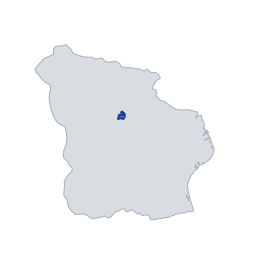 location of Pankshin, Plateau, Nigeria, rotated 256°
{"feature_id": "59680162B11957186029310", "entity_name": "Pankshin", "entity_type": "district", "adm_level": 2, "iso_a3": "NGA", "parent_name": "Nigeria", "parent_adm1": "Plateau", "projection": "albers", "projection_center": [9.454, 9.312], "detail": "fine", "context": "in_parent", "style": "filled", "palette": "blue", "viewbox_px": 256, "rotation_deg": 256, "n_neighbors": 0, "source": "geoboundaries", "source_scale": "gbopen_adm2", "svg_char_len": 5116}
<svg xmlns="http://www.w3.org/2000/svg" viewBox="0 0 256 256"><g transform="rotate(256 128 128)"><path d="M207.8,52.1L215.3,62.3L216.9,69.9L217.5,73.6L218.8,74.0L221.0,74.2L222.7,74.9L223.7,76.2L224.4,77.3L224.5,78.0L224.1,82.6L223.5,84.3L223.9,86.5L223.8,87.5L223.6,88.1L222.5,88.9L221.2,89.7L217.9,91.9L216.9,92.2L215.5,92.3L214.3,92.8L212.9,94.0L209.9,98.4L207.3,102.9L205.4,110.0L203.1,112.2L202.7,114.2L202.4,118.6L202.0,120.0L201.7,120.4L199.1,121.3L197.7,122.3L196.8,124.3L195.8,131.1L195.4,132.3L194.6,133.5L193.3,134.8L192.2,135.5L189.3,136.0L186.6,141.1L186.6,142.0L185.4,146.7L183.3,150.2L183.2,152.5L180.5,155.6L179.1,157.7L180.6,159.9L180.7,160.3L176.1,164.0L175.9,164.6L175.7,167.2L175.3,167.9L174.5,168.8L173.3,169.8L172.0,170.7L170.6,171.2L169.2,171.4L168.5,171.1L168.0,170.3L167.2,167.2L166.8,166.5L166.0,165.9L162.4,162.5L160.3,161.2L159.8,161.3L159.5,161.7L158.9,163.4L158.3,164.1L157.1,164.3L155.2,164.3L153.8,164.1L153.4,163.7L152.7,162.4L148.4,165.5L146.8,166.2L144.9,170.0L142.1,171.8L140.2,173.4L135.1,178.5L134.1,180.0L133.0,182.2L130.8,191.8L127.3,197.7L126.8,199.0L126.6,199.0L126.1,199.5L124.8,199.1L124.2,198.0L123.3,197.9L121.9,196.2L121.5,196.5L123.1,200.6L122.5,202.2L118.2,202.2L114.4,202.8L111.9,202.7L110.6,202.1L110.0,200.6L109.8,200.7L109.7,201.6L108.8,202.2L106.0,202.3L104.7,201.2L103.7,200.1L102.6,199.5L102.7,200.0L104.0,201.2L103.8,202.8L101.5,204.7L100.0,204.8L99.1,204.0L98.7,202.6L98.4,200.7L97.8,199.4L97.5,199.4L97.9,201.5L97.9,203.5L99.0,205.1L97.3,205.6L95.3,205.6L95.0,205.0L94.8,203.7L94.4,203.4L94.0,205.6L89.8,206.2L89.2,206.1L89.1,205.7L89.4,205.1L89.3,204.1L88.4,204.8L88.2,206.3L87.7,206.6L86.1,206.3L84.4,205.5L81.6,203.6L78.2,200.4L77.6,199.0L76.7,197.3L74.9,192.5L75.2,192.3L76.0,192.6L76.4,192.1L75.0,191.8L74.7,191.5L74.6,190.4L74.7,189.1L76.9,188.5L77.4,187.7L77.7,186.9L75.0,188.1L72.5,186.7L72.0,185.9L72.3,185.3L75.2,185.3L76.2,184.7L75.6,184.4L74.5,184.4L74.1,184.0L74.1,183.1L73.7,183.3L73.3,184.1L71.6,184.7L70.6,184.1L70.5,182.7L70.3,182.0L69.5,181.5L66.6,177.8L62.9,174.6L59.6,172.4L54.7,171.3L44.2,171.2L43.7,170.9L44.3,170.4L45.2,170.1L48.6,168.4L48.0,168.1L44.5,169.2L43.3,169.2L41.8,171.3L31.5,171.6L31.5,170.6L32.0,167.9L32.7,166.0L32.1,163.7L31.9,161.6L32.4,160.9L32.5,160.2L32.5,154.8L33.1,154.0L33.1,153.5L32.1,151.2L32.2,149.4L32.0,147.7L31.6,146.9L32.2,140.4L32.1,138.8L32.4,137.7L32.7,134.8L32.7,132.1L33.4,127.7L37.8,127.2L38.9,125.5L39.6,123.4L39.4,121.2L40.9,119.4L42.6,117.8L42.6,115.9L43.0,115.4L43.9,115.0L45.0,114.8L46.3,113.9L47.1,112.3L47.8,109.8L46.7,108.0L46.8,107.6L47.2,106.6L47.9,105.7L48.5,105.4L49.7,105.7L50.1,105.3L51.0,102.5L50.9,101.7L49.8,99.8L49.2,94.7L48.9,94.1L48.0,93.1L45.6,89.5L45.7,87.8L46.8,85.6L47.4,84.6L48.4,84.0L48.6,83.5L48.3,82.9L47.8,82.5L47.8,81.5L48.2,80.1L48.1,78.6L48.5,71.0L50.5,69.5L53.4,67.0L54.9,64.4L55.7,62.5L56.7,55.9L58.3,55.2L61.2,52.9L65.1,51.5L67.6,51.1L72.0,51.5L74.3,51.3L76.2,50.0L77.1,49.6L78.3,49.4L89.3,53.0L90.3,52.8L91.2,53.1L92.5,54.0L95.8,57.2L99.1,62.1L100.2,63.2L101.3,63.8L102.3,64.0L103.2,63.9L104.0,63.4L105.0,62.5L106.7,62.1L108.0,62.2L114.9,58.5L115.6,58.4L119.8,59.2L125.6,63.0L130.3,65.5L133.6,66.4L137.5,67.0L144.1,67.1L149.1,61.8L151.0,60.7L153.2,59.6L157.9,58.6L165.6,57.9L172.8,58.2L177.3,59.1L182.1,60.8L184.1,62.4L187.3,62.7L189.7,62.3L190.4,60.7L192.7,58.5L196.1,56.4L198.9,55.0L201.3,54.4L203.3,52.7L205.0,52.2L207.8,52.1ZM106.2,204.4L104.6,204.9L103.6,204.8L105.0,202.6L105.7,203.1L106.7,203.3L106.2,204.4Z" fill="#d9dde1" stroke="#a8b0b8" stroke-width="1"/><path d="M139.3,120.3L139.0,120.5L138.9,120.8L138.9,121.0L139.0,121.3L139.0,121.5L139.4,121.3L139.7,121.2L139.4,121.7L139.4,121.8L139.3,122.2L139.2,122.2L139.3,122.4L139.5,122.5L139.7,122.8L139.5,123.0L139.4,123.3L139.0,123.5L138.9,123.5L138.7,123.6L138.5,123.8L138.6,124.0L138.4,124.3L138.4,124.5L138.2,124.9L138.3,125.0L138.1,125.0L137.9,125.1L137.9,125.4L137.8,125.7L137.7,126.0L138.1,126.1L138.4,126.0L138.7,126.3L138.7,126.6L138.8,127.0L139.2,127.5L139.3,127.6L139.5,127.8L139.9,127.7L140.3,127.7L140.6,127.9L140.8,128.0L141.0,128.1L141.2,127.9L141.4,128.4L141.5,128.5L141.9,128.3L142.0,128.2L142.3,127.9L142.7,128.0L142.9,128.2L143.1,128.2L143.6,127.5L143.8,127.4L144.0,127.4L144.3,127.3L144.4,127.2L144.5,127.1L144.6,126.9L144.9,126.8L145.4,126.7L145.5,126.6L145.5,126.4L145.6,126.1L145.4,126.0L145.3,125.6L145.2,125.4L145.1,125.1L145.0,124.9L144.4,125.3L144.2,125.3L143.7,125.2L143.5,125.3L143.5,125.6L143.7,125.9L143.7,126.0L143.4,126.2L143.4,126.3L143.1,126.3L143.1,126.2L142.8,126.1L142.5,126.6L142.4,126.5L142.1,126.5L141.9,126.7L141.7,126.5L141.8,126.4L141.9,126.2L142.0,126.1L141.7,126.1L141.5,125.9L141.4,125.4L141.5,125.4L141.9,125.3L142.0,125.2L142.1,125.3L142.6,125.2L142.7,124.9L142.7,124.7L142.7,124.3L142.7,124.2L142.8,123.9L142.9,123.7L143.1,123.6L142.9,123.3L142.7,123.4L142.3,123.2L142.7,123.0L142.7,122.9L142.8,122.8L142.9,122.7L143.0,122.6L143.0,122.3L142.7,122.3L142.5,122.1L142.3,122.2L142.2,122.2L142.0,121.8L141.9,121.8L141.7,121.7L141.1,121.7L140.7,121.2L140.6,120.9L139.9,120.8L139.7,120.7L139.3,120.3Z" fill="#3b82f6" stroke="#1e3a8a" stroke-width="1.5"/></g></svg>